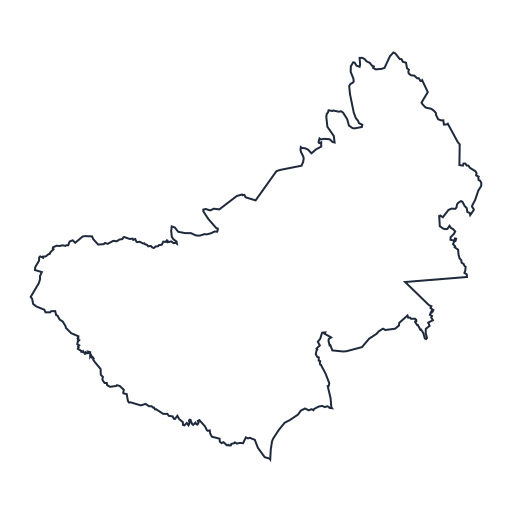 the district of Coscomatepec, Veracruz, Mexico
{"feature_id": "50627088B83890237461836", "entity_name": "Coscomatepec", "entity_type": "district", "adm_level": 2, "iso_a3": "MEX", "parent_name": "Mexico", "parent_adm1": "Veracruz", "projection": "natural_earth1", "projection_center": [-97.095, 19.059], "detail": "fine", "context": "isolated", "style": "outline", "palette": "slate", "viewbox_px": 512, "rotation_deg": 0, "n_neighbors": 0, "source": "geoboundaries", "source_scale": "gbopen_adm2", "svg_char_len": 6005}
<svg xmlns="http://www.w3.org/2000/svg" viewBox="0 0 512 512"><path d="M359.6,57.9L360.1,64.8L359.6,66.8L356.4,65.6L354.6,62.6L353.2,62.3L350.8,66.4L350.7,71.9L353.4,78.6L353.7,81.3L353.0,82.5L350.2,84.2L349.2,86.0L350.0,94.2L353.8,112.8L355.9,118.3L358.0,120.7L359.0,123.2L362.3,124.8L361.8,127.0L354.5,128.4L352.5,128.1L348.9,125.5L347.2,119.2L343.1,112.7L341.2,111.3L338.7,111.7L333.3,110.5L332.5,111.0L328.6,110.3L328.0,112.3L326.7,114.1L326.3,116.9L327.4,126.8L333.8,136.0L334.6,142.5L332.6,142.0L329.7,139.3L324.4,138.8L320.7,139.4L319.5,138.5L318.5,142.0L319.2,143.1L321.2,142.3L321.2,146.6L316.1,149.3L311.5,153.3L307.9,149.5L304.8,148.2L301.9,148.0L300.8,147.1L300.5,149.8L301.0,152.0L303.4,156.9L303.7,158.7L303.1,162.0L301.5,165.7L279.8,170.0L276.4,171.2L255.6,200.4L245.6,197.3L244.4,194.9L242.6,195.2L242.1,194.5L236.8,196.0L219.3,209.4L214.0,208.7L210.1,210.4L205.7,209.0L203.3,209.6L203.4,211.5L208.4,219.1L216.3,228.1L217.7,228.5L217.9,229.2L217.2,231.7L214.5,231.5L211.2,233.2L206.7,234.4L204.6,234.1L199.9,235.6L197.6,235.6L195.5,235.3L190.9,233.1L185.0,233.1L178.2,231.8L174.8,227.5L171.7,226.4L171.2,231.2L171.8,236.8L173.4,239.3L176.5,241.5L176.9,243.7L175.7,242.8L173.4,243.1L171.3,241.4L167.6,242.3L167.2,242.1L167.5,240.6L166.9,240.3L165.7,241.9L163.3,241.6L161.8,244.7L158.8,245.2L158.1,246.2L155.5,246.5L153.9,248.0L152.1,247.4L150.9,246.0L148.2,246.3L147.1,244.9L144.9,244.2L144.3,243.3L143.2,243.5L139.5,241.7L137.4,242.2L136.4,241.7L135.2,239.0L133.2,239.9L132.6,238.6L129.8,239.0L124.1,237.0L123.3,237.4L122.4,239.1L119.5,239.5L116.7,241.3L113.3,240.8L107.8,243.8L104.9,243.0L103.8,244.1L98.2,244.6L93.1,239.0L92.1,236.4L84.7,236.1L82.5,236.6L75.2,242.8L72.7,240.3L70.0,241.3L69.1,242.5L68.3,245.3L66.5,245.2L65.4,245.9L62.7,245.3L59.6,246.0L56.8,245.7L53.1,247.2L52.8,248.6L53.5,249.2L50.2,252.5L49.7,254.0L48.5,254.2L45.6,256.5L43.0,256.6L43.0,257.7L40.2,256.4L39.2,257.4L39.0,260.8L35.3,267.0L34.9,270.0L41.8,272.1L39.9,276.3L40.1,279.0L38.8,283.2L30.7,296.9L32.2,299.0L33.1,303.9L36.4,306.5L44.3,309.7L45.5,312.3L50.1,312.3L51.2,311.2L55.2,311.1L56.1,315.0L57.5,315.6L59.7,319.6L62.7,321.5L65.6,326.3L65.9,327.9L71.2,333.2L78.4,336.3L77.7,338.2L78.4,338.4L77.9,339.9L79.1,340.3L77.7,341.8L77.3,344.2L79.2,345.3L78.0,346.6L78.6,347.4L77.8,348.8L81.4,351.0L81.2,351.7L82.7,352.1L83.2,351.3L85.0,353.9L85.6,353.7L85.9,352.3L87.6,353.2L89.1,352.9L88.4,351.7L90.2,352.2L90.2,357.0L91.3,355.7L91.9,357.4L92.5,357.0L93.7,358.4L93.1,359.5L94.7,361.9L100.6,369.0L100.8,374.8L102.9,376.9L102.4,379.2L102.7,380.4L104.6,383.0L106.8,383.0L107.1,385.1L110.0,386.8L116.1,386.0L116.9,385.2L119.8,386.0L123.8,389.8L123.2,392.9L123.5,393.4L126.7,394.1L127.9,400.9L128.9,402.5L130.5,402.3L140.8,405.4L145.6,403.9L149.1,406.3L151.6,406.2L153.2,407.7L154.0,407.6L155.0,409.4L156.0,409.2L163.3,413.9L167.4,413.9L168.7,415.8L172.6,416.4L173.9,418.8L174.9,419.0L177.4,415.8L179.2,419.1L182.8,422.1L183.0,424.9L184.3,425.4L186.8,423.0L188.5,425.3L189.5,423.2L189.0,420.7L189.6,419.7L190.5,419.9L192.1,424.0L193.2,424.9L195.4,422.6L196.4,424.2L197.5,424.6L198.6,422.5L197.8,421.0L199.4,420.1L205.0,426.4L207.0,430.4L207.9,430.8L209.7,430.4L210.2,433.6L211.9,436.7L219.6,438.7L219.8,441.7L221.6,443.1L223.5,442.2L227.0,445.4L228.4,444.8L229.1,445.5L230.8,445.4L231.3,443.9L234.4,443.1L235.0,442.4L236.8,443.6L239.7,442.9L243.1,443.2L245.9,437.4L248.0,438.4L249.8,437.8L254.8,439.8L257.9,447.8L264.7,457.2L269.4,458.5L270.2,459.5L270.8,449.2L272.0,441.5L273.1,438.7L278.9,429.8L284.7,422.7L289.8,420.1L298.1,414.5L300.8,410.6L305.0,408.5L308.7,410.3L311.6,409.2L313.4,410.2L314.2,408.9L318.6,406.6L322.1,405.9L324.9,407.1L327.0,406.3L328.6,406.8L329.5,407.9L332.0,408.2L331.3,407.2L330.6,398.3L327.7,386.1L328.7,385.9L329.3,383.3L325.6,373.7L320.9,364.8L320.3,364.7L319.8,363.3L320.2,361.2L318.7,360.6L318.8,357.4L317.3,356.9L315.8,354.3L316.5,350.5L317.3,349.7L316.5,348.6L319.8,345.4L317.8,341.7L320.2,338.8L322.1,332.7L325.2,332.4L324.5,333.7L331.1,337.4L328.8,339.0L328.5,340.8L329.6,345.4L330.4,345.2L332.3,350.4L343.2,351.5L346.6,351.2L362.0,347.1L369.1,338.7L376.6,333.8L378.7,331.4L382.4,329.0L383.1,328.7L385.4,330.0L395.2,328.7L399.0,325.5L399.2,322.9L407.5,315.5L408.2,317.7L410.1,317.7L411.1,318.8L414.9,318.7L416.2,319.8L416.3,321.2L415.1,321.5L415.1,322.0L417.2,325.1L417.8,325.0L420.4,329.8L421.0,329.5L422.3,331.4L423.4,333.4L424.8,338.4L426.1,339.1L427.0,337.9L425.7,333.0L425.8,328.9L429.6,325.8L428.2,322.6L432.9,320.2L431.2,317.4L432.0,316.0L429.9,314.9L430.7,312.8L432.2,312.8L431.0,312.2L431.7,310.8L432.7,311.5L433.4,310.1L430.5,308.0L431.4,306.2L429.0,305.2L405.1,282.0L467.0,277.0L466.7,274.3L464.4,272.9L465.3,270.6L465.6,266.7L464.3,265.7L463.7,264.0L461.6,262.7L461.3,260.2L459.6,258.5L458.5,254.5L458.1,249.7L454.6,247.2L455.1,246.2L453.0,244.2L454.1,241.7L455.5,241.0L456.1,238.7L455.0,238.4L454.3,240.6L450.5,239.8L450.6,237.2L453.9,233.9L455.2,231.5L453.1,229.1L451.0,228.0L449.5,225.8L447.4,228.9L446.1,229.2L443.4,228.7L439.8,226.2L439.2,216.2L440.0,216.3L440.3,215.6L442.9,217.2L448.5,209.9L451.7,208.6L455.1,208.9L456.5,207.5L457.0,204.5L458.1,202.9L460.9,201.1L462.4,201.7L464.7,206.1L466.7,208.0L467.3,211.9L469.7,213.0L470.2,215.1L473.7,210.1L473.8,209.3L472.0,206.6L472.2,205.5L475.2,199.8L478.3,190.6L481.2,186.0L481.3,182.9L480.1,180.7L478.6,180.0L478.3,177.2L478.6,176.6L476.1,175.4L476.6,173.3L475.5,171.3L469.9,167.8L468.4,165.6L466.7,165.5L465.3,163.5L463.5,163.5L462.9,165.6L459.4,165.1L459.7,144.4L457.7,142.0L447.8,123.7L447.0,124.4L443.9,124.6L443.3,120.3L441.2,120.4L438.2,119.3L436.1,115.1L435.9,113.1L434.3,111.1L431.3,108.8L425.7,107.6L422.7,104.5L421.5,102.6L427.8,92.1L422.1,80.1L421.2,81.0L420.4,80.9L418.7,78.2L417.2,78.3L414.3,75.6L411.0,75.3L408.8,73.5L408.3,71.9L408.9,69.8L407.0,68.2L406.0,62.7L402.9,61.8L401.5,59.1L399.8,59.1L395.3,53.4L393.4,52.5L389.9,56.3L384.5,67.9L381.8,68.8L375.8,69.4L373.1,67.9L373.8,66.4L372.2,65.9L369.7,62.8L366.5,61.3L364.6,59.0L362.3,57.9L359.6,57.9Z" fill="none" stroke="#1e293b" stroke-width="2"/></svg>